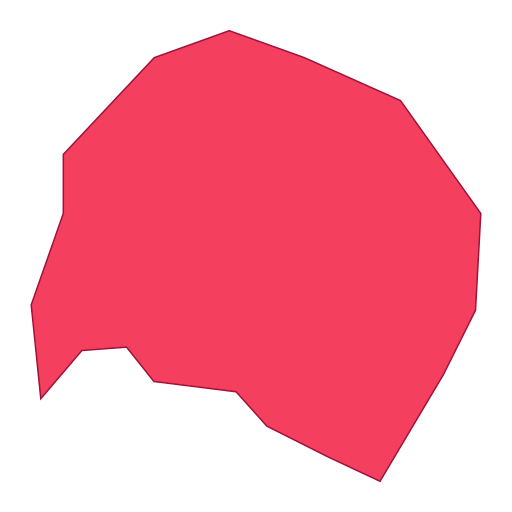 outline of Dyo Potamoi, Cyprus
{"feature_id": "46923920B69592041186855", "entity_name": "Dyo Potamoi", "entity_type": "district", "adm_level": 2, "iso_a3": "CYP", "parent_name": "Cyprus", "parent_adm1": "", "projection": "mercator", "projection_center": [33.085, 35.242], "detail": "fine", "context": "isolated", "style": "filled", "palette": "rose", "viewbox_px": 512, "rotation_deg": 0, "n_neighbors": 0, "source": "geoboundaries", "source_scale": "gbopen_adm2", "svg_char_len": 352}
<svg xmlns="http://www.w3.org/2000/svg" viewBox="0 0 512 512"><path d="M380.0,481.3L443.3,374.8L475.5,310.3L480.8,213.5L400.5,100.6L304.2,57.6L229.2,30.7L154.3,57.6L63.3,154.4L63.3,213.5L31.2,304.9L40.8,398.7L81.9,350.5L126.5,347.1L153.9,381.5L236.1,391.8L266.9,426.2L328.6,457.2L380.0,481.3Z" fill="#f43f5e" stroke="#9f1239" stroke-width="1.5"/></svg>